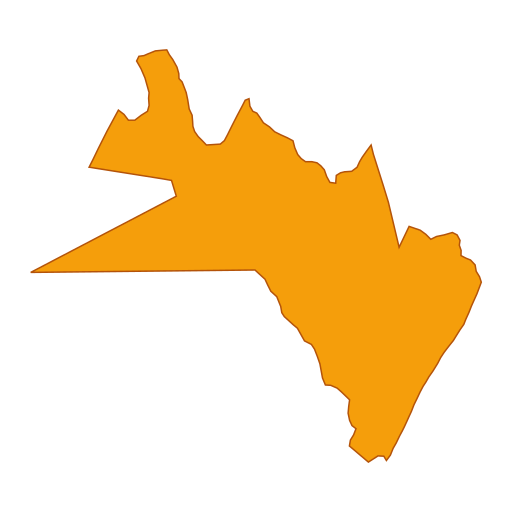 Jequiá da Praia, Alagoas, Brazil (Natural Earth projection)
{"feature_id": "56859067B64881112821563", "entity_name": "Jequiá da Praia", "entity_type": "district", "adm_level": 2, "iso_a3": "BRA", "parent_name": "Brazil", "parent_adm1": "Alagoas", "projection": "natural_earth1", "projection_center": [-36.086, -9.926], "detail": "fine", "context": "isolated", "style": "filled", "palette": "amber", "viewbox_px": 512, "rotation_deg": 0, "n_neighbors": 0, "source": "geoboundaries", "source_scale": "gbopen_adm2", "svg_char_len": 2146}
<svg xmlns="http://www.w3.org/2000/svg" viewBox="0 0 512 512"><path d="M30.7,272.4L255.0,270.0L259.2,273.9L265.0,279.2L267.6,284.8L270.8,291.2L276.8,296.7L280.7,306.4L281.8,312.7L284.3,316.6L293.4,324.9L297.4,328.2L304.5,340.9L311.4,344.4L314.5,349.1L317.4,356.6L319.9,363.8L322.5,378.0L325.4,385.0L330.7,385.3L337.1,388.1L341.2,391.7L349.6,399.8L348.7,406.5L348.1,413.2L349.6,420.4L352.0,425.6L356.0,428.7L353.6,434.9L350.4,440.1L349.4,446.0L368.4,462.1L378.0,455.9L383.8,456.2L386.4,460.5L390.4,455.1L393.1,448.4L396.2,443.0L399.6,435.9L402.2,431.1L404.3,426.9L406.7,421.7L408.9,416.8L411.4,411.4L414.0,404.7L416.9,398.8L420.0,392.2L423.1,386.3L425.8,382.2L428.9,376.8L432.9,371.1L437.6,363.5L440.6,357.7L444.0,352.5L446.8,348.8L450.0,344.7L453.3,340.6L455.7,336.7L460.0,329.8L463.8,324.4L465.8,319.3L468.9,312.5L471.5,305.9L474.0,300.3L476.9,293.9L478.9,288.6L481.3,282.2L479.5,276.7L476.2,271.3L475.1,264.9L470.5,260.0L466.0,258.2L461.0,255.6L461.1,250.4L459.3,245.2L460.0,240.4L457.1,234.9L452.4,232.5L444.2,234.9L436.5,236.5L430.8,239.3L425.8,234.3L420.2,230.2L409.1,226.4L399.1,247.3L388.4,202.3L383.2,185.3L373.4,154.3L371.1,145.0L366.5,151.2L362.2,157.3L359.6,161.7L357.1,167.2L351.7,171.3L344.5,171.8L340.5,172.8L336.3,175.4L335.7,183.2L329.9,182.4L326.7,176.6L324.3,169.8L320.9,165.9L317.0,162.8L311.9,161.7L305.5,161.7L301.2,158.6L297.7,154.5L294.8,147.8L293.0,140.8L287.4,137.8L280.5,134.7L274.7,131.8L269.5,126.9L263.4,122.8L259.8,117.3L256.8,113.1L252.8,111.3L249.9,106.2L249.0,98.7L245.2,100.2L242.4,105.7L237.2,115.5L232.3,125.1L230.1,129.5L227.7,134.4L224.4,140.6L220.3,144.1L206.4,145.0L202.4,140.8L198.1,136.5L194.6,131.5L192.9,126.3L192.6,121.2L192.1,115.2L189.2,109.0L187.7,99.7L186.2,92.6L184.0,86.8L182.1,81.9L179.0,78.6L178.8,73.6L177.0,67.2L172.8,59.6L169.3,54.7L166.8,49.9L162.6,50.2L155.3,50.9L148.1,53.8L144.0,55.6L138.9,56.3L136.6,61.0L141.0,68.7L145.0,78.0L149.1,92.6L148.6,98.2L149.1,105.4L147.5,111.3L141.3,115.2L134.8,120.2L128.4,120.2L124.0,114.4L118.4,110.1L107.1,131.0L98.4,148.3L92.9,159.7L89.1,167.2L162.4,178.8L171.5,180.4L176.3,196.2L30.7,272.4Z" fill="#f59e0b" stroke="#b45309" stroke-width="1.5"/></svg>